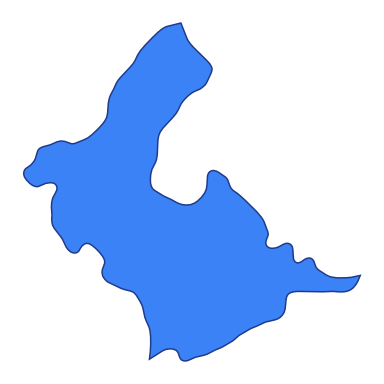 outline of Castañuela, Monte Cristi, Dominican Republic
{"feature_id": "3306468B38935954737927", "entity_name": "Castañuela", "entity_type": "district", "adm_level": 2, "iso_a3": "DOM", "parent_name": "Dominican Republic", "parent_adm1": "Monte Cristi", "projection": "albers", "projection_center": [-71.49, 19.73], "detail": "fine", "context": "isolated", "style": "filled", "palette": "blue", "viewbox_px": 384, "rotation_deg": 0, "n_neighbors": 0, "source": "geoboundaries", "source_scale": "gbopen_adm2", "svg_char_len": 3688}
<svg xmlns="http://www.w3.org/2000/svg" viewBox="0 0 384 384"><path d="M180.9,23.0L167.1,26.4L165.5,27.0L162.4,28.7L158.3,32.0L153.0,37.0L145.4,44.9L140.7,50.3L137.8,54.7L135.0,60.6L133.2,63.5L129.9,67.4L120.3,77.6L118.1,80.3L116.3,83.2L113.6,89.2L110.7,94.7L109.5,97.6L108.4,102.5L107.6,112.8L107.0,116.2L106.5,117.8L104.9,120.8L102.9,123.6L99.4,127.5L95.6,131.3L91.7,134.9L87.6,138.0L84.6,139.5L75.0,143.4L72.3,143.8L71.0,143.6L64.7,141.4L61.7,141.0L60.1,141.1L57.1,141.8L50.3,144.8L42.8,146.8L40.2,148.0L39.0,149.0L38.1,150.1L37.5,151.4L35.4,158.6L34.0,161.3L31.2,164.6L29.1,166.3L25.8,168.5L24.9,169.6L24.2,170.9L23.8,172.3L23.7,173.8L24.0,175.4L24.5,177.0L26.3,179.8L29.8,183.4L32.4,185.3L33.9,186.0L35.4,186.5L37.0,186.7L38.3,186.5L45.9,183.3L50.3,182.7L53.2,183.0L54.5,183.6L55.7,184.6L56.5,185.9L56.9,187.3L57.0,188.7L56.7,190.2L55.6,192.6L52.9,197.6L52.4,199.2L51.7,202.4L51.4,207.4L52.0,214.8L51.7,218.9L51.9,222.0L52.6,225.2L54.2,228.2L60.6,236.6L62.6,239.5L66.1,246.9L67.8,249.3L70.0,251.4L71.2,252.2L72.5,252.7L74.0,253.0L75.5,253.0L76.8,252.6L78.0,251.9L78.9,251.0L80.6,247.9L82.1,245.9L84.1,244.3L85.3,243.7L86.6,243.4L88.1,243.5L89.6,243.9L92.2,245.5L96.0,248.7L99.5,252.4L102.6,256.3L104.1,259.1L104.5,260.5L104.7,262.0L104.6,263.3L102.4,269.4L102.0,272.4L102.6,275.5L103.2,277.0L105.0,279.5L107.2,281.6L108.5,282.4L121.3,288.5L124.3,289.5L130.3,291.0L133.1,292.1L134.3,293.0L136.3,295.2L140.1,301.5L142.2,305.7L143.1,308.9L144.8,317.1L145.9,320.1L149.1,327.3L150.0,330.9L150.6,336.5L150.7,344.1L150.3,351.8L149.4,359.2L162.5,350.9L165.3,349.6L168.5,348.9L171.6,348.9L173.1,349.1L175.8,350.2L176.9,351.0L178.3,353.2L179.4,356.6L180.4,358.7L181.2,359.7L182.3,360.4L183.6,360.8L185.0,361.0L187.7,360.6L195.6,357.2L203.7,355.3L206.9,354.3L215.3,350.0L221.4,347.5L224.1,346.0L233.0,340.7L239.1,335.4L250.7,328.6L256.8,326.1L265.3,322.1L274.8,319.9L277.9,318.8L279.2,318.0L280.5,317.1L282.6,314.8L284.2,312.2L285.2,308.7L286.0,300.2L286.6,297.0L287.3,295.6L288.2,294.2L289.5,293.2L290.9,292.5L294.2,291.7L297.7,291.4L322.5,291.8L333.1,291.4L339.3,291.9L344.2,291.8L347.6,291.1L350.6,289.8L353.1,287.9L356.2,284.2L357.9,281.1L360.3,275.4L351.5,277.3L345.8,277.8L340.1,277.9L336.3,277.8L330.7,276.9L329.0,276.3L326.1,274.9L319.8,270.8L317.5,269.1L315.9,266.9L313.7,260.9L313.0,259.9L312.1,259.0L310.9,258.3L309.6,258.0L307.0,258.3L304.5,259.5L301.3,261.8L298.9,262.8L297.5,262.9L296.3,262.5L295.2,261.8L294.4,260.8L293.7,259.5L293.4,258.0L292.9,250.2L292.4,247.1L291.8,245.8L290.8,244.6L289.5,243.8L288.2,243.4L286.8,243.3L285.4,243.5L283.0,244.5L278.2,247.1L275.3,248.0L272.4,248.3L270.9,248.2L269.5,247.9L268.3,247.3L267.1,246.3L266.3,245.1L265.9,243.8L265.8,242.4L266.3,240.0L268.0,235.6L268.2,234.3L267.8,231.8L264.1,221.9L263.4,220.4L261.4,217.3L256.5,211.5L245.5,200.6L239.9,195.5L237.1,193.2L233.3,190.6L231.3,188.6L230.0,186.2L227.6,179.6L225.8,177.3L218.9,172.5L216.5,171.2L213.7,170.5L212.2,170.6L210.8,171.1L209.5,171.9L208.5,173.2L207.9,174.6L207.5,176.1L207.0,184.6L206.5,188.2L206.0,190.0L204.5,193.2L201.3,197.5L197.5,201.1L194.5,203.1L191.3,204.4L189.6,204.8L186.2,205.0L182.8,204.7L179.5,203.8L176.6,202.5L171.2,199.5L163.8,196.1L154.9,190.6L152.6,188.7L151.2,185.9L150.5,182.8L150.4,179.5L150.7,174.5L151.9,169.5L155.4,162.6L156.5,159.5L157.3,154.4L157.8,142.2L158.1,138.8L158.8,135.4L160.1,132.2L163.0,128.0L172.5,117.8L175.8,113.9L177.6,111.0L181.2,103.7L183.1,101.1L185.2,98.7L188.6,95.4L191.2,93.4L193.9,91.7L199.9,89.1L202.5,87.3L204.8,85.2L205.8,84.0L207.2,81.5L211.1,73.1L211.9,70.5L212.0,69.0L211.8,67.6L211.2,66.2L209.7,63.7L206.5,60.2L193.4,47.3L190.1,43.5L188.2,40.9L186.9,38.3L180.9,23.0Z" fill="#3b82f6" stroke="#1e3a8a" stroke-width="1.5"/></svg>